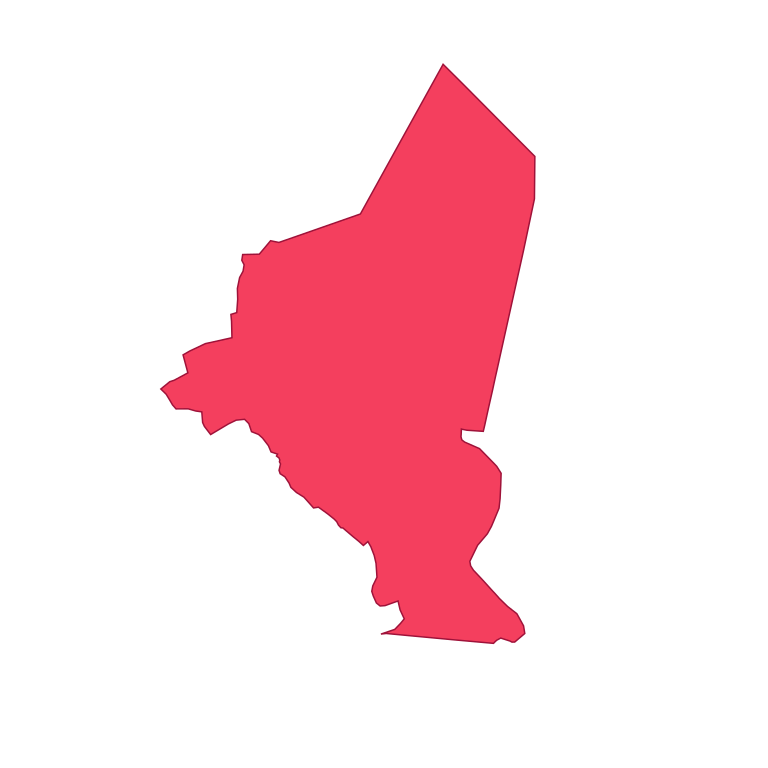 Um Algura, Gezira, Sudan (Natural Earth projection), rotated 342°
{"feature_id": "16777658B57538989257512", "entity_name": "Um Algura", "entity_type": "district", "adm_level": 2, "iso_a3": "SDN", "parent_name": "Sudan", "parent_adm1": "Gezira", "projection": "natural_earth1", "projection_center": [33.822, 14.458], "detail": "fine", "context": "isolated", "style": "filled", "palette": "rose", "viewbox_px": 768, "rotation_deg": 342, "n_neighbors": 0, "source": "geoboundaries", "source_scale": "gbopen_adm2", "svg_char_len": 2052}
<svg xmlns="http://www.w3.org/2000/svg" viewBox="0 0 768 768"><g transform="rotate(342 384 384)"><path d="M539.0,98.2L538.8,98.4L490.0,144.0L453.1,178.5L414.1,215.0L327.8,216.9L320.4,212.7L305.5,222.0L289.6,217.2L287.0,222.4L287.8,227.4L284.8,233.2L279.6,238.1L274.1,247.8L271.0,258.3L266.0,270.6L259.9,270.5L258.4,277.2L253.7,293.0L226.6,290.4L209.5,292.6L201.9,294.2L200.9,312.8L185.6,315.6L181.0,315.6L170.2,319.8L173.7,326.5L175.4,333.8L176.4,338.5L178.5,343.4L190.1,347.1L196.6,351.5L202.1,354.2L199.6,364.6L200.1,368.9L203.5,378.5L223.7,373.9L232.2,372.7L240.5,374.5L243.2,379.9L243.3,388.4L249.1,393.2L251.8,397.9L255.0,406.9L255.6,413.7L261.1,417.8L259.5,419.3L261.3,421.9L261.4,424.1L260.5,425.7L260.9,428.0L257.5,433.7L257.5,437.2L261.1,441.7L263.1,448.9L263.5,453.5L267.2,460.1L271.4,465.1L272.9,466.9L278.7,480.1L283.6,480.9L290.3,490.1L294.9,497.1L296.5,500.4L297.1,504.1L298.6,507.4L300.4,508.2L307.4,519.6L311.4,525.8L314.5,531.2L320.0,528.9L321.2,534.6L321.7,544.0L321.0,552.1L317.6,565.6L310.9,572.6L308.3,577.4L308.3,582.3L309.1,589.9L311.7,593.9L316.5,595.1L330.3,594.7L329.5,603.8L330.7,613.6L325.7,616.8L318.4,620.7L303.8,620.9L305.6,621.2L305.9,621.3L308.9,621.9L332.0,631.9L372.6,649.4L408.0,664.5L410.3,663.3L412.1,662.5L416.5,661.7L424.4,667.4L425.9,669.0L428.6,669.8L440.8,664.8L442.0,657.1L439.4,643.6L432.8,633.8L427.4,623.5L426.4,621.1L425.8,619.8L424.7,617.3L423.6,615.0L422.2,611.9L416.7,599.7L411.5,588.7L410.2,583.7L410.5,581.6L410.8,579.2L418.0,571.7L423.2,566.3L432.8,560.4L436.0,558.4L442.1,552.7L446.1,548.1L455.0,537.7L458.9,529.1L463.8,516.2L467.8,505.1L465.8,497.2L464.2,493.8L454.9,475.0L442.8,464.2L440.8,461.3L440.8,460.8L440.8,460.4L440.8,460.2L440.9,458.4L440.9,458.0L441.0,457.9L441.0,457.7L441.3,457.0L441.7,456.1L443.7,450.8L443.8,450.9L448.6,453.6L460.3,458.3L463.8,459.7L466.9,454.6L473.4,443.5L478.6,434.7L485.1,423.8L491.5,412.8L495.6,405.9L499.5,399.3L503.3,392.8L557.8,300.4L584.3,254.4L597.8,214.2L576.6,172.3L552.5,124.5L539.0,98.2Z" fill="#f43f5e" stroke="#9f1239" stroke-width="1.5"/></g></svg>